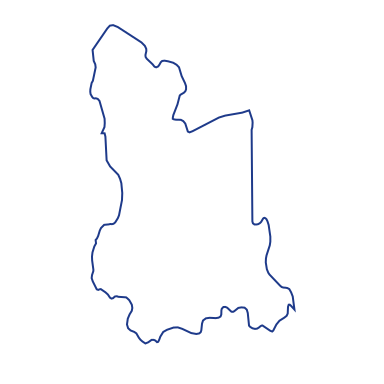 the County of Västmanland, rotated 277°
{"feature_id": "SWE-186", "entity_name": "Västmanland", "entity_type": "County", "adm_level": 1, "iso_a3": "SWE", "parent_name": "Sweden", "parent_adm1": "", "projection": "robinson", "projection_center": [16.24, 59.758], "detail": "fine", "context": "isolated", "style": "outline", "palette": "blue", "viewbox_px": 384, "rotation_deg": 277, "n_neighbors": 0, "source": "natural_earth", "source_scale": "10m", "svg_char_len": 2827}
<svg xmlns="http://www.w3.org/2000/svg" viewBox="0 0 384 384"><g transform="rotate(277 192 192)"><path d="M280.0,238.8L270.6,243.2L268.3,243.7L263.7,244.0L261.0,243.6L170.2,255.5L168.3,256.3L168.2,256.6L167.4,257.9L167.6,259.9L168.2,261.7L169.5,263.3L170.8,264.3L174.3,265.8L174.9,266.4L175.2,267.2L174.8,268.2L174.1,269.2L172.1,270.5L168.6,272.1L157.2,275.2L152.2,275.8L148.5,275.7L138.2,273.7L135.0,273.5L131.1,273.8L124.5,275.7L121.1,277.6L119.5,279.0L109.8,290.8L108.6,292.6L108.3,294.4L108.4,296.3L108.3,298.3L107.5,300.4L104.5,302.6L100.6,304.7L87.8,308.0L91.4,303.8L92.1,302.7L91.9,301.7L89.7,301.3L83.0,301.8L80.6,301.0L78.5,298.9L74.9,294.5L70.8,291.9L64.3,289.5L63.3,288.6L63.8,286.6L68.1,278.2L67.9,277.4L67.2,276.4L65.5,274.8L64.3,273.2L63.8,271.2L64.1,268.6L65.2,266.2L66.3,264.9L78.7,262.1L81.9,260.7L83.6,258.3L83.5,255.1L82.6,252.1L78.8,248.4L78.1,247.4L78.0,246.2L78.0,245.8L78.2,245.4L81.4,241.1L82.0,239.2L81.7,237.2L79.8,235.8L78.2,235.6L74.0,236.0L71.9,235.5L70.5,233.7L69.7,230.9L69.3,224.9L68.3,221.2L65.8,218.6L62.6,218.0L55.8,218.1L53.9,217.7L52.5,216.4L51.6,213.6L51.9,208.4L55.0,198.9L55.9,194.4L55.2,190.2L52.2,184.0L49.6,180.5L44.6,178.2L41.5,177.5L39.2,176.7L38.7,175.6L40.1,173.7L40.6,172.0L40.3,169.9L37.5,166.9L36.0,164.2L37.6,161.0L39.1,158.8L40.9,157.0L44.9,154.0L46.1,151.7L47.1,147.9L49.0,145.2L52.6,143.6L58.4,143.7L63.0,145.0L66.7,146.7L69.6,146.9L72.8,146.0L77.0,142.9L78.7,140.6L79.4,139.4L79.0,131.5L79.3,130.6L79.3,129.7L78.8,128.1L77.0,126.6L76.4,125.1L77.1,123.5L80.0,121.0L81.9,118.3L84.5,113.3L84.1,112.0L83.4,110.9L83.8,109.3L91.2,104.4L94.3,102.9L97.4,102.9L101.4,103.7L102.8,103.6L112.0,101.2L115.8,100.6L120.0,100.6L126.1,101.7L129.3,103.0L132.6,102.2L134.2,103.3L136.9,104.2L142.6,105.2L145.2,106.1L148.7,108.8L149.7,113.3L150.3,114.9L150.3,116.4L150.9,118.0L152.5,119.5L157.0,121.6L160.0,122.4L175.4,123.5L182.5,122.9L192.1,120.8L196.3,119.0L200.1,116.7L207.4,107.6L213.0,103.4L236.4,99.3L239.6,98.1L239.3,95.2L245.8,97.2L249.7,97.0L254.1,96.3L271.1,89.1L272.9,87.1L273.3,85.1L272.9,83.7L273.2,82.5L274.1,81.4L276.8,79.4L279.1,78.8L281.6,78.6L287.9,79.1L288.6,79.3L289.5,79.8L290.7,80.1L303.9,81.2L307.0,80.4L310.1,78.5L320.9,76.0L344.0,88.0L347.1,90.2L348.0,93.4L346.7,98.2L334.3,123.6L331.3,127.4L328.6,129.1L326.4,129.5L322.2,129.1L320.4,129.5L318.8,130.8L313.9,137.4L312.0,139.3L311.6,140.1L311.4,141.3L312.5,143.1L314.5,144.2L317.0,145.2L318.4,146.4L319.0,148.7L318.8,152.4L318.0,157.6L316.4,161.2L314.2,163.9L305.8,167.6L299.2,171.8L296.3,173.2L293.2,173.6L291.2,173.1L289.5,171.8L287.3,168.9L286.3,168.1L277.2,166.9L266.1,164.1L263.6,163.9L262.3,164.0L261.9,165.2L261.8,167.1L262.3,172.1L261.3,174.7L259.1,177.0L251.5,180.5L250.9,182.3L252.4,185.1L269.2,209.7L271.9,215.7L276.9,232.2L278.5,235.6L280.0,238.8Z" fill="none" stroke="#1e3a8a" stroke-width="2"/></g></svg>